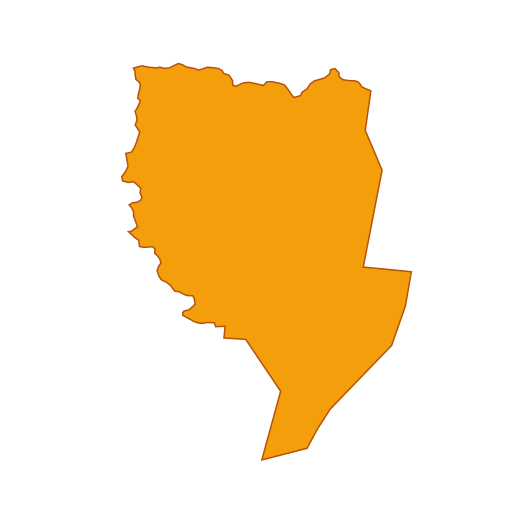 Kuala Krai, Kelantan, Malaysia (Albers equal-area conic projection), rotated 281°
{"feature_id": "92858781B31305353938168", "entity_name": "Kuala Krai", "entity_type": "district", "adm_level": 2, "iso_a3": "MYS", "parent_name": "Malaysia", "parent_adm1": "Kelantan", "projection": "albers", "projection_center": [102.231, 5.431], "detail": "fine", "context": "isolated", "style": "filled", "palette": "amber", "viewbox_px": 512, "rotation_deg": 281, "n_neighbors": 0, "source": "geoboundaries", "source_scale": "gbopen_adm2", "svg_char_len": 2003}
<svg xmlns="http://www.w3.org/2000/svg" viewBox="0 0 512 512"><g transform="rotate(281 256 256)"><path d="M255.6,126.3L251.1,133.2L249.0,138.0L243.1,139.8L243.1,144.3L244.0,147.9L245.4,152.7L243.8,155.4L239.3,156.1L237.7,158.8L235.0,162.0L230.9,164.0L227.3,162.4L222.8,161.7L217.5,164.7L214.6,167.6L213.0,173.5L210.7,177.8L208.0,180.7L206.0,183.0L206.2,187.5L204.9,191.4L204.0,195.7L204.9,201.6L201.9,203.8L196.9,205.4L195.3,204.3L190.4,200.4L188.1,195.7L186.1,195.0L183.7,195.5L180.7,205.2L180.0,206.9L179.3,211.2L179.6,216.1L181.4,220.7L182.5,227.8L178.9,229.9L181.1,239.1L169.4,240.2L172.2,261.8L127.9,306.0L56.9,300.6L77.0,342.8L97.5,349.2L119.8,358.0L194.1,406.2L235.5,412.2L270.2,411.5L265.6,363.4L364.3,363.4L400.1,339.3L440.1,337.2L441.1,331.9L442.2,327.6L444.3,325.8L446.4,323.0L446.8,319.8L446.1,315.2L445.7,311.0L445.7,307.8L447.1,304.6L448.2,303.2L451.7,302.5L455.1,297.6L453.1,293.6L448.9,293.6L443.9,289.4L439.0,279.8L435.1,276.3L429.8,274.2L425.5,269.9L422.0,269.2L418.8,262.9L421.6,259.7L426.2,255.1L429.4,251.2L430.1,245.5L430.1,238.1L429.1,233.5L424.8,230.7L425.2,220.8L425.2,216.2L423.8,211.2L421.6,207.7L418.8,203.8L419.2,200.6L423.8,199.5L428.4,194.9L429.1,189.3L431.5,187.5L432.9,183.3L432.6,177.2L431.9,171.9L429.8,168.4L427.6,164.5L428.3,159.9L428.3,154.6L428.3,151.1L429.8,147.2L430.1,142.9L425.2,136.6L423.7,134.1L422.7,129.5L423.0,125.6L421.6,122.4L420.9,114.6L420.9,111.1L420.9,107.6L417.0,99.8L414.5,101.9L410.3,103.0L406.4,104.4L404.6,107.9L402.2,109.7L398.6,110.0L394.0,109.7L388.4,109.7L386.2,112.9L378.5,111.1L374.9,109.7L371.0,111.8L366.8,113.2L361.5,112.5L355.5,118.2L343.8,116.8L338.8,115.7L334.2,113.9L331.8,108.6L323.6,111.8L319.7,113.2L315.1,112.2L311.6,110.8L308.4,109.0L304.2,110.8L303.8,116.4L305.6,121.7L303.5,125.3L302.1,127.4L300.6,129.9L295.7,130.2L292.2,132.7L289.0,132.3L286.1,129.2L284.7,124.6L281.9,121.7L279.4,124.9L276.2,127.4L272.0,128.1L262.1,134.1L256.4,128.8L255.7,126.7L255.6,126.3Z" fill="#f59e0b" stroke="#b45309" stroke-width="1.5"/></g></svg>